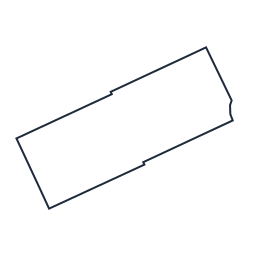 Hyde, South Dakota, United States of America, rotated 245°
{"feature_id": "52423323B29603779498956", "entity_name": "Hyde", "entity_type": "district", "adm_level": 2, "iso_a3": "USA", "parent_name": "United States of America", "parent_adm1": "South Dakota", "projection": "mercator", "projection_center": [-99.535, 44.545], "detail": "fine", "context": "isolated", "style": "outline", "palette": "slate", "viewbox_px": 256, "rotation_deg": 245, "n_neighbors": 0, "source": "geoboundaries", "source_scale": "gbopen_adm2", "svg_char_len": 312}
<svg xmlns="http://www.w3.org/2000/svg" viewBox="0 0 256 256"><g transform="rotate(245 128 128)"><path d="M88.3,22.4L87.9,127.4L90.6,127.4L90.6,226.1L97.3,226.6L105.5,230.1L109.2,233.6L168.1,232.8L168.1,127.6L165.5,127.6L165.7,22.5L110.0,22.5L88.3,22.4Z" fill="none" stroke="#1e293b" stroke-width="2"/></g></svg>